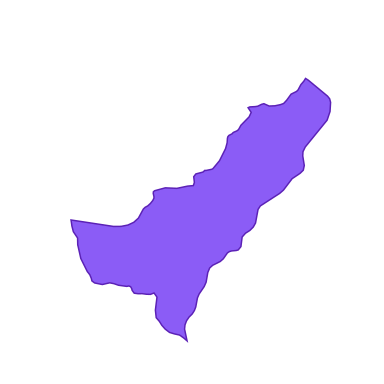 the border of Abkhazia, rotated 108°
{"feature_id": "GEO-3015", "entity_name": "Abkhazia", "entity_type": "Autonomous Republic", "adm_level": 1, "iso_a3": "GEO", "parent_name": "Georgia", "parent_adm1": "", "projection": "orthographic", "projection_center": [41.203, 42.991], "detail": "fine", "context": "isolated", "style": "filled", "palette": "violet", "viewbox_px": 384, "rotation_deg": 108, "n_neighbors": 0, "source": "natural_earth", "source_scale": "10m", "svg_char_len": 1933}
<svg xmlns="http://www.w3.org/2000/svg" viewBox="0 0 384 384"><g transform="rotate(108 192 192)"><path d="M72.8,85.6L81.9,85.7L114.2,98.2L119.4,98.9L123.5,97.8L132.1,93.4L136.9,92.9L140.7,94.9L141.9,95.8L148.4,100.9L161.9,105.6L166.1,108.1L184.1,122.7L188.2,123.8L201.9,122.0L206.4,122.9L210.7,125.1L214.7,128.4L219.3,130.4L228.8,128.6L232.8,130.1L234.0,131.9L235.8,136.1L237.1,138.0L239.0,139.5L245.9,141.6L249.4,143.7L255.3,149.7L258.8,151.7L263.7,152.1L273.4,150.7L278.2,151.2L286.8,153.7L291.0,154.1L300.2,152.9L304.0,153.1L307.9,154.1L312.0,156.2L316.2,157.4L320.5,157.6L324.7,156.7L335.1,150.7L333.3,155.0L331.9,159.7L332.4,164.9L332.5,170.0L330.7,175.1L328.1,179.5L325.1,183.1L322.6,187.2L315.7,190.3L302.9,192.8L301.8,194.1L299.8,196.9L302.2,199.9L303.3,203.7L304.1,208.0L304.3,208.6L305.4,211.8L306.1,215.7L304.1,218.5L302.4,219.6L301.0,221.2L300.9,223.1L301.9,224.8L303.4,233.1L303.3,237.8L303.8,242.2L307.7,248.7L308.2,253.0L308.6,256.5L307.5,259.7L305.1,261.2L302.3,263.6L300.2,266.7L300.1,266.9L289.6,277.2L278.1,284.0L277.7,284.3L271.1,286.6L269.3,288.9L266.4,292.6L261.3,295.8L259.8,296.5L256.6,298.1L256.0,298.4L249.0,256.0L246.6,248.8L243.2,242.7L238.8,238.0L233.4,234.9L223.2,233.0L221.0,231.8L218.9,229.8L215.7,228.0L212.3,226.7L209.6,226.3L208.1,226.8L205.4,228.4L203.7,228.8L202.3,227.9L196.3,218.7L193.2,207.5L187.7,197.9L185.5,192.7L182.2,192.7L176.9,195.1L173.6,193.9L169.7,187.8L167.4,186.4L167.3,185.5L164.2,180.1L163.3,179.3L153.7,175.5L140.4,173.5L134.3,173.8L130.0,174.9L128.4,175.0L126.8,174.4L124.3,171.9L122.9,171.3L122.3,170.8L120.1,168.3L118.9,167.4L117.6,166.9L113.4,166.1L102.9,160.9L98.0,160.3L94.5,164.7L93.2,163.3L91.3,158.4L90.1,156.0L87.1,152.9L85.8,150.9L86.4,145.2L84.4,139.8L81.6,134.9L79.5,132.2L75.4,130.3L68.3,128.0L64.1,123.7L62.2,122.7L56.1,121.6L52.1,119.9L48.9,119.1L49.7,116.0L58.9,92.8L60.8,89.9L63.9,87.9L72.8,85.6Z" fill="#8b5cf6" stroke="#5b21b6" stroke-width="1.5"/></g></svg>